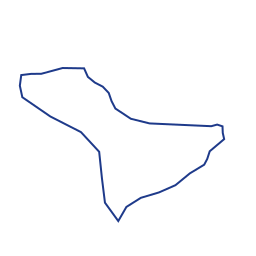 SVG path tracing the border of Butaleja, rotated 251°
{"feature_id": "UGA-3119", "entity_name": "Butaleja", "entity_type": "County", "adm_level": 1, "iso_a3": "UGA", "parent_name": "Uganda", "parent_adm1": "", "projection": "robinson", "projection_center": [33.927, 0.859], "detail": "fine", "context": "isolated", "style": "outline", "palette": "blue", "viewbox_px": 256, "rotation_deg": 251, "n_neighbors": 0, "source": "natural_earth", "source_scale": "10m", "svg_char_len": 559}
<svg xmlns="http://www.w3.org/2000/svg" viewBox="0 0 256 256"><g transform="rotate(251 128 128)"><path d="M114.9,93.0L139.4,82.2L164.2,58.3L191.5,38.1L203.2,39.5L212.8,44.3L210.7,54.1L207.5,63.6L206.0,85.7L198.7,105.9L189.4,106.7L181.8,111.4L175.3,117.6L167.4,121.2L158.8,121.2L150.5,122.4L135.8,133.7L125.3,149.9L102.6,207.3L102.2,213.4L98.8,217.9L92.5,216.0L86.2,215.3L79.4,197.7L72.9,192.8L68.5,188.1L65.0,171.8L58.5,154.3L57.0,136.2L57.8,117.4L53.9,100.8L43.2,88.5L64.9,81.9L89.0,87.0L114.9,93.0Z" fill="none" stroke="#1e3a8a" stroke-width="2"/></g></svg>